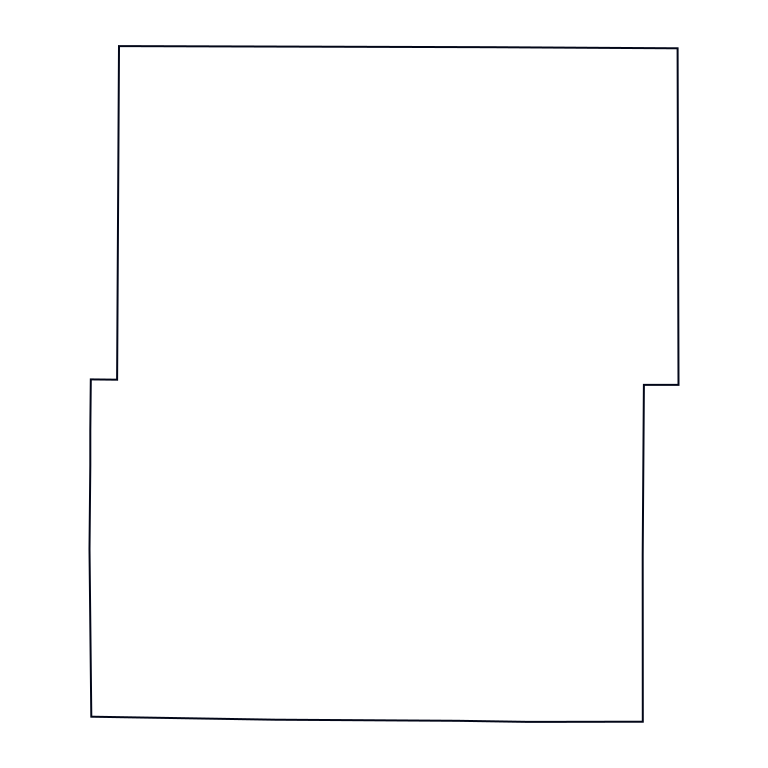 Washington, Wisconsin, United States of America (Robinson projection)
{"feature_id": "52423323B60034571779421", "entity_name": "Washington", "entity_type": "district", "adm_level": 2, "iso_a3": "USA", "parent_name": "United States of America", "parent_adm1": "Wisconsin", "projection": "robinson", "projection_center": [-88.256, 43.368], "detail": "fine", "context": "isolated", "style": "outline", "palette": "ink", "viewbox_px": 768, "rotation_deg": 0, "n_neighbors": 0, "source": "geoboundaries", "source_scale": "gbopen_adm2", "svg_char_len": 322}
<svg xmlns="http://www.w3.org/2000/svg" viewBox="0 0 768 768"><path d="M119.0,46.1L117.1,379.7L90.8,379.4L90.3,430.5L90.3,465.4L89.5,549.0L91.3,716.7L274.6,719.7L457.9,720.8L529.2,721.9L642.8,721.7L642.7,554.9L643.9,384.9L678.5,384.9L677.6,48.3L490.8,47.2L119.0,46.1Z" fill="none" stroke="#020617" stroke-width="2"/></svg>